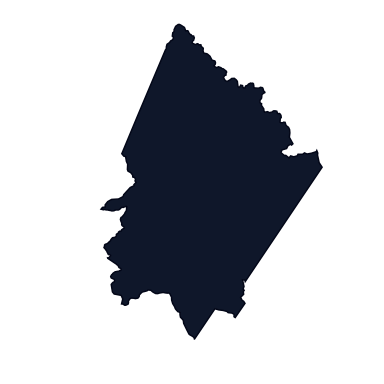 outline of Idaho, Idaho, United States of America, rotated 304°
{"feature_id": "52423323B84985058746573", "entity_name": "Idaho", "entity_type": "district", "adm_level": 2, "iso_a3": "USA", "parent_name": "United States of America", "parent_adm1": "Idaho", "projection": "natural_earth1", "projection_center": [-115.719, 45.888], "detail": "fine", "context": "isolated", "style": "filled", "palette": "ink", "viewbox_px": 384, "rotation_deg": 304, "n_neighbors": 0, "source": "geoboundaries", "source_scale": "gbopen_adm2", "svg_char_len": 5908}
<svg xmlns="http://www.w3.org/2000/svg" viewBox="0 0 384 384"><g transform="rotate(304 192 192)"><path d="M285.3,286.0L287.4,281.0L292.8,275.4L294.6,274.5L296.1,272.3L295.0,272.5L291.0,269.4L287.8,266.1L287.3,263.4L285.1,262.6L282.6,258.8L280.8,259.0L278.1,256.7L277.1,253.6L274.5,253.4L274.8,249.3L273.9,247.9L274.4,243.6L277.3,243.1L280.9,246.1L284.0,245.7L286.6,246.9L286.6,248.3L288.4,248.7L291.8,242.1L295.7,240.1L298.3,238.0L299.6,235.8L299.7,233.2L300.1,232.3L301.8,230.2L301.1,228.9L300.1,228.5L299.1,226.8L299.1,226.0L299.4,225.7L302.1,224.2L302.7,224.0L303.5,224.4L305.1,223.1L305.9,221.7L305.9,220.3L305.0,219.7L305.0,218.9L306.4,217.1L305.7,215.4L304.7,214.1L303.2,213.8L301.0,211.7L300.9,209.8L298.7,207.5L299.9,205.8L301.0,205.1L302.6,201.2L304.2,200.2L303.9,199.4L304.2,198.3L305.5,197.3L306.9,197.0L308.0,197.3L308.9,197.1L310.2,196.4L311.8,195.5L313.7,196.0L315.1,196.8L315.5,196.6L315.8,195.0L317.7,192.7L317.8,191.8L317.0,190.1L316.0,189.8L315.0,188.7L313.1,185.4L313.1,185.1L313.4,184.9L313.9,184.3L314.7,183.8L315.1,183.2L315.9,182.7L316.2,181.9L316.0,181.2L315.4,180.6L315.1,179.7L313.1,178.5L311.1,178.3L310.4,177.4L309.3,177.2L308.6,177.6L308.0,177.7L307.1,176.6L307.4,175.5L308.5,174.4L307.8,172.6L306.3,172.9L305.0,172.5L305.1,171.2L306.2,170.2L309.1,167.7L309.7,166.0L309.9,163.5L308.3,161.4L306.4,160.9L303.3,159.3L302.9,157.4L304.4,154.1L306.7,153.9L307.9,154.8L309.5,153.8L310.7,153.7L311.3,153.0L311.6,149.1L310.9,147.2L311.3,146.6L310.6,143.9L308.9,142.9L308.6,140.4L309.2,139.6L310.5,139.9L311.7,139.5L312.4,139.1L313.2,138.1L313.4,137.6L312.6,135.2L312.7,134.5L314.6,131.0L315.0,127.7L314.9,126.9L313.7,124.1L315.2,122.2L317.4,121.0L317.7,120.2L317.8,118.0L318.9,117.4L318.7,116.4L317.8,115.4L318.2,114.1L317.8,113.3L316.6,112.9L316.0,111.9L315.6,109.0L315.9,108.5L317.6,108.1L318.6,108.5L321.1,107.7L322.2,106.1L321.4,104.8L321.9,103.2L321.6,101.9L322.4,100.1L323.2,99.0L323.3,98.2L322.1,96.7L324.2,93.7L324.1,89.4L323.9,87.9L323.2,86.9L320.2,85.8L316.5,86.4L315.5,87.1L314.7,87.4L313.3,87.0L310.2,88.5L310.3,89.5L309.0,90.6L307.3,90.8L305.3,89.8L303.3,89.8L300.5,88.7L298.1,89.5L296.6,90.5L295.5,90.6L295.1,90.5L225.3,104.2L184.5,112.4L183.6,115.4L184.2,117.2L180.7,120.5L179.1,123.1L174.5,125.9L173.5,127.3L173.8,130.3L172.9,133.2L171.3,134.6L171.9,136.3L171.1,138.0L169.3,138.6L168.7,140.3L165.7,139.7L164.9,140.5L161.2,138.3L151.7,136.9L149.6,137.4L145.1,135.0L140.9,129.5L136.9,127.5L132.8,127.2L131.0,128.5L129.2,126.4L126.9,126.2L127.3,127.3L127.7,128.5L128.7,129.4L129.0,130.5L129.3,131.1L129.9,132.0L130.5,133.6L131.2,135.1L131.5,136.1L132.8,137.8L133.8,138.3L135.0,139.5L135.8,140.9L137.1,141.7L138.3,141.9L140.1,142.3L140.7,143.6L141.7,144.2L142.7,145.0L143.4,145.5L143.3,146.2L142.9,146.3L142.3,146.7L141.6,147.1L140.9,147.5L139.9,147.9L139.0,148.1L138.3,148.0L137.6,148.0L137.2,148.1L136.5,148.3L135.7,148.3L134.4,148.2L133.0,148.0L132.0,147.9L131.4,147.5L130.4,147.5L129.9,147.8L129.2,148.0L128.7,148.6L128.4,149.1L127.7,149.8L127.4,150.5L127.2,151.0L126.8,151.3L126.2,151.5L125.8,151.8L125.3,152.4L125.0,153.3L125.1,154.0L124.9,155.2L124.5,155.7L124.2,155.8L123.6,155.9L122.5,155.2L121.9,155.0L121.2,154.8L120.5,155.1L119.9,154.9L119.4,154.6L119.1,154.0L118.4,153.7L117.7,153.5L117.1,153.7L116.4,153.8L115.3,153.2L114.6,153.0L113.7,153.6L112.7,154.0L112.2,153.8L111.5,153.5L111.1,153.2L110.6,152.7L110.2,152.2L109.8,151.8L109.4,151.6L108.8,151.6L108.1,151.5L107.4,151.4L106.9,151.5L106.5,151.5L105.8,151.5L105.2,151.6L104.7,151.3L104.2,151.1L103.7,151.1L103.2,151.0L102.5,150.8L102.0,150.6L101.3,150.3L100.9,150.0L100.4,149.5L100.0,149.3L99.6,149.2L99.0,149.2L98.7,149.5L98.2,149.8L97.8,150.0L97.5,150.0L97.1,149.9L96.7,150.1L96.6,150.4L96.5,150.8L96.4,151.4L96.2,151.9L96.1,152.5L95.9,153.1L95.5,153.5L95.5,154.1L95.3,154.4L95.1,154.8L94.7,155.3L94.4,155.8L94.3,156.3L93.9,156.7L93.6,157.1L93.8,157.5L93.8,158.1L93.6,158.2L93.7,158.4L93.9,158.6L94.1,159.1L94.1,159.6L93.9,160.0L93.5,160.2L92.9,160.1L92.4,160.0L91.9,159.9L91.5,159.9L90.9,159.7L90.6,159.4L90.3,159.2L90.2,158.9L89.9,159.2L89.9,159.7L89.9,162.9L89.9,165.6L89.9,167.3L89.9,168.7L89.9,169.9L89.7,170.4L89.7,170.7L89.8,171.2L89.8,171.5L89.7,171.7L89.5,172.0L89.4,172.5L89.0,172.9L88.8,173.3L88.6,173.7L88.5,174.2L88.7,174.8L88.8,175.4L88.6,176.1L88.2,176.6L87.7,176.7L87.3,176.8L86.8,176.5L86.5,176.1L86.0,175.9L85.4,175.6L85.0,175.2L84.6,174.7L84.3,174.3L83.7,173.8L83.2,173.3L82.9,172.9L82.2,172.7L81.6,172.4L80.8,172.1L80.1,171.9L79.6,172.0L79.4,172.2L79.0,172.0L78.7,171.7L77.6,171.7L76.4,171.9L75.6,173.0L75.8,174.7L76.1,176.0L75.8,176.9L75.3,177.3L74.6,177.7L73.9,177.7L73.1,177.1L71.6,176.8L70.8,176.8L70.3,176.7L69.9,177.0L64.7,181.9L63.9,184.5L66.7,191.1L64.6,194.4L59.8,196.2L60.3,197.1L60.5,197.8L60.6,198.4L60.4,198.9L60.4,199.3L60.5,199.5L61.1,200.4L63.1,201.6L63.5,201.7L64.0,201.5L64.5,201.3L65.1,201.0L65.6,200.5L66.0,200.3L68.3,200.2L68.7,200.3L69.0,200.4L70.1,201.0L71.3,203.0L72.0,204.7L73.6,206.3L74.2,206.6L75.7,206.6L76.4,206.4L76.8,206.1L77.2,205.9L80.1,206.4L81.4,206.8L83.0,208.3L85.0,210.0L85.6,210.2L86.1,210.3L86.3,210.5L87.3,212.4L87.5,212.8L87.2,215.4L87.4,217.9L87.5,218.6L88.3,220.0L88.7,220.5L90.0,221.5L91.9,223.5L92.6,224.3L93.2,225.7L93.7,226.8L94.5,228.3L95.0,228.6L95.2,228.9L95.2,230.7L93.2,234.1L92.3,234.6L91.0,235.6L88.7,238.4L87.4,241.3L86.5,242.8L86.0,243.3L85.5,244.8L84.9,247.3L85.3,248.4L85.3,249.8L84.6,250.0L84.3,250.1L83.0,251.2L82.5,251.7L81.7,252.5L81.3,254.6L80.7,256.6L78.4,258.6L77.6,260.0L74.7,265.0L72.5,269.0L72.4,270.0L72.6,272.2L72.6,273.5L72.6,274.3L72.4,275.2L72.2,275.4L71.7,276.0L71.0,276.3L108.0,276.3L109.3,280.2L111.2,284.0L112.5,287.7L112.2,289.4L114.0,292.9L114.1,295.3L112.1,296.6L112.1,298.0L129.3,298.2L130.3,295.9L130.2,294.2L131.8,291.2L136.1,292.0L138.0,290.3L139.7,290.2L140.0,288.7L142.8,287.9L147.4,283.0L148.6,285.1L147.5,286.2L252.3,286.0L285.3,286.0Z" fill="#0f172a" stroke="#020617" stroke-width="1.5"/></g></svg>